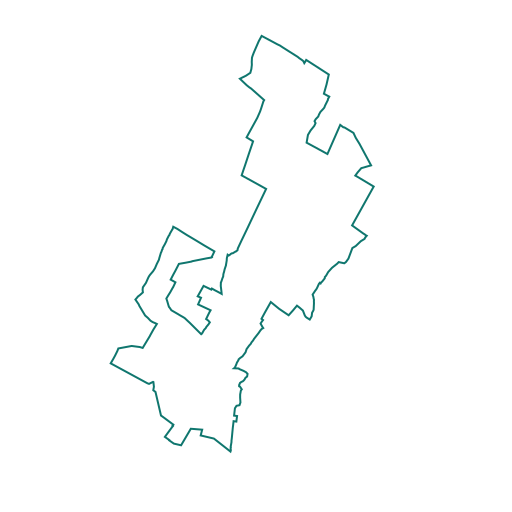 Tekal de Venegas, Yucatán, Mexico, rotated 293°
{"feature_id": "50627088B65871153010469", "entity_name": "Tekal de Venegas", "entity_type": "district", "adm_level": 2, "iso_a3": "MEX", "parent_name": "Mexico", "parent_adm1": "Yucatán", "projection": "orthographic", "projection_center": [-88.868, 21.02], "detail": "fine", "context": "isolated", "style": "outline", "palette": "teal", "viewbox_px": 512, "rotation_deg": 293, "n_neighbors": 0, "source": "geoboundaries", "source_scale": "gbopen_adm2", "svg_char_len": 4772}
<svg xmlns="http://www.w3.org/2000/svg" viewBox="0 0 512 512"><g transform="rotate(293 256 256)"><path d="M317.9,350.0L318.0,348.9L318.4,347.5L318.6,346.1L321.7,332.5L365.9,337.2L368.6,318.0L368.8,316.0L372.7,316.9L378.0,318.6L384.4,326.5L399.7,307.4L403.8,301.6L407.4,297.6L408.4,290.7L408.9,287.2L408.6,286.1L409.6,282.3L377.8,281.9L380.1,258.3L387.8,256.5L392.9,257.2L396.4,258.2L398.5,258.8L401.6,258.9L403.0,257.2L405.3,257.5L408.7,258.8L410.8,258.7L413.8,259.0L418.2,260.6L419.4,260.9L421.3,260.8L427.8,261.2L428.6,260.9L431.3,261.2L431.9,255.1L441.5,253.9L451.5,252.1L456.1,225.6L454.0,225.4L452.4,225.1L453.9,223.4L454.4,221.6L454.8,219.6L455.0,218.5L455.4,217.3L455.7,216.0L457.2,206.7L458.5,198.9L459.1,195.7L459.2,192.9L459.6,188.7L460.8,175.2L454.7,174.6L442.6,174.5L439.4,174.6L437.0,174.8L433.1,176.2L430.3,177.5L426.2,178.7L424.5,178.9L423.8,179.0L422.4,179.2L418.0,176.3L412.9,171.9L411.4,175.8L409.6,180.6L408.6,184.1L408.3,185.9L402.7,202.6L401.2,202.4L393.6,203.1L390.6,203.3L383.6,203.2L365.9,201.4L361.5,201.0L360.4,208.5L356.6,208.8L347.2,209.5L335.1,210.5L329.4,210.9L324.6,211.3L321.7,239.1L299.3,238.1L279.2,237.3L270.2,236.9L264.1,236.6L255.8,236.3L255.0,236.5L254.0,236.7L252.6,235.9L252.4,235.8L252.4,235.7L252.2,235.5L249.5,233.6L248.9,232.6L248.1,232.0L247.1,231.6L246.1,230.8L245.8,230.7L246.1,229.4L242.6,230.0L240.4,230.8L236.7,231.7L236.1,231.8L235.7,232.0L231.7,232.3L228.8,232.8L227.6,232.9L226.4,233.1L224.3,233.8L222.0,233.8L221.3,233.9L218.6,234.1L217.9,234.0L217.2,234.3L214.6,235.3L210.6,237.6L207.7,239.2L207.9,237.3L208.2,234.0L208.4,231.4L208.5,230.7L208.8,228.1L207.6,228.0L208.0,219.4L196.1,218.1L196.1,221.7L188.8,221.6L188.6,227.1L188.3,235.4L185.8,235.1L182.3,234.9L179.7,234.8L178.5,234.7L177.9,237.3L176.9,239.4L174.6,239.0L171.3,238.0L169.9,237.9L167.9,237.1L166.4,236.9L164.2,236.7L163.8,236.5L163.3,236.5L162.6,236.1L164.8,230.6L168.7,220.9L169.4,218.9L171.0,214.6L171.3,212.6L171.7,209.2L172.1,206.5L172.1,206.4L173.0,199.3L174.5,197.0L175.2,195.7L176.6,194.5L179.9,191.8L181.8,190.1L186.0,190.7L189.0,191.2L194.7,191.8L194.8,191.9L195.0,191.9L200.1,192.1L200.3,192.1L200.6,189.6L200.9,186.7L203.7,186.9L207.4,187.2L210.3,187.5L217.0,188.0L218.6,188.1L222.5,194.1L225.8,199.0L226.2,199.2L234.5,211.4L237.2,215.6L237.8,216.0L238.3,215.6L238.6,215.7L244.0,215.9L245.5,204.2L246.5,197.3L246.9,194.5L247.7,188.7L248.3,184.2L249.2,178.6L250.2,173.1L250.6,168.4L248.2,168.7L247.2,168.5L243.0,168.0L242.3,168.0L241.5,168.1L240.6,167.8L236.5,167.5L234.7,167.7L231.3,167.5L227.0,167.0L225.8,167.3L225.0,167.1L223.0,167.3L221.8,167.2L216.4,167.8L214.6,168.1L209.9,167.8L209.0,167.8L208.2,167.8L205.8,167.8L205.7,167.8L205.3,167.8L201.7,167.2L197.6,165.9L196.4,165.6L195.9,165.5L194.2,165.3L188.2,165.2L183.0,164.1L180.6,164.8L178.3,166.1L174.7,164.4L172.3,163.0L171.8,163.0L168.8,162.0L165.6,167.0L164.5,168.1L157.9,177.2L156.8,180.6L155.2,184.2L154.8,186.6L154.8,189.8L154.7,191.3L148.3,190.3L141.7,189.6L141.1,189.6L127.1,187.6L126.8,184.6L124.6,176.7L117.1,165.4L114.5,165.5L109.1,165.2L105.2,164.8L100.4,164.2L96.4,205.8L96.5,207.5L99.9,210.4L99.9,210.8L95.8,213.1L92.3,213.9L91.6,216.6L72.0,230.9L71.9,231.5L69.0,243.6L68.8,244.3L68.5,245.8L67.1,245.5L67.0,246.0L65.6,245.6L64.4,245.3L53.9,242.8L52.7,248.1L52.4,248.1L51.2,253.7L52.5,261.0L71.5,263.5L75.1,274.3L69.2,275.2L71.5,288.6L66.0,308.9L67.2,308.8L69.4,307.6L70.1,307.6L70.6,307.2L75.3,306.1L76.1,305.7L78.9,304.9L88.7,301.8L90.4,301.3L90.5,301.3L95.2,299.9L95.9,302.6L101.3,301.1L100.5,298.2L107.6,296.1L110.5,296.6L112.2,299.1L115.1,298.9L119.5,296.7L122.4,295.5L124.7,295.0L125.8,294.7L126.5,294.7L127.7,295.0L129.5,292.3L129.5,291.4L130.6,290.9L133.0,290.9L133.5,291.3L134.2,291.6L135.5,292.8L136.3,293.2L137.8,293.7L139.8,293.9L141.6,294.9L144.2,294.3L145.1,292.3L145.4,289.4L145.4,284.8L145.7,284.0L144.1,279.7L144.9,280.1L146.6,280.2L148.9,280.2L150.4,280.1L153.0,280.5L154.1,280.4L155.8,281.2L158.4,282.8L163.3,284.0L166.6,283.7L170.9,284.7L173.1,285.5L174.7,285.6L177.0,286.3L179.1,286.6L186.1,288.5L189.1,289.1L191.0,289.7L192.5,290.8L193.1,289.8L195.6,286.6L197.9,287.0L199.8,287.5L200.3,285.6L207.8,286.3L219.4,287.6L216.4,298.0L214.2,309.2L220.3,311.3L226.3,313.1L225.5,316.2L224.1,320.5L220.3,324.2L219.5,325.4L219.1,326.6L218.5,330.3L222.2,330.8L225.7,329.8L228.3,330.1L229.2,330.0L235.2,327.8L236.9,327.0L238.3,326.5L239.5,325.6L240.8,324.8L242.6,323.2L247.4,324.1L248.8,324.5L250.6,324.7L254.9,324.8L256.3,325.2L256.0,326.2L257.1,326.3L258.3,326.9L262.3,328.0L263.5,327.6L265.2,328.2L266.8,328.4L269.4,328.7L272.9,329.9L274.9,330.6L280.8,333.8L282.7,334.5L283.8,340.1L285.5,341.1L287.5,341.6L288.5,341.8L289.7,342.1L301.0,341.6L304.1,343.9L310.6,346.7L314.1,349.2L315.7,349.3L317.9,350.0Z" fill="none" stroke="#0f766e" stroke-width="2"/></g></svg>